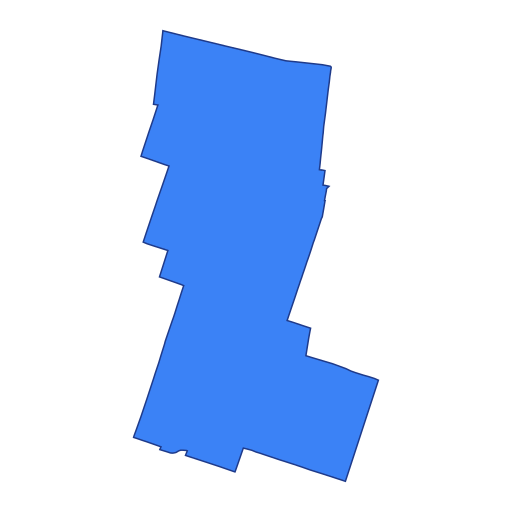 Dobrotesti, Dolj, Romania
{"feature_id": "2599482B78456281149056", "entity_name": "Dobrotesti", "entity_type": "district", "adm_level": 2, "iso_a3": "ROU", "parent_name": "Romania", "parent_adm1": "Dolj", "projection": "mercator", "projection_center": [24.124, 43.959], "detail": "fine", "context": "isolated", "style": "filled", "palette": "blue", "viewbox_px": 512, "rotation_deg": 0, "n_neighbors": 0, "source": "geoboundaries", "source_scale": "gbopen_adm2", "svg_char_len": 2459}
<svg xmlns="http://www.w3.org/2000/svg" viewBox="0 0 512 512"><path d="M322.3,216.7L323.5,209.9L325.0,201.0L325.1,200.7L324.5,200.6L325.2,196.7L326.3,191.1L326.6,188.6L329.0,186.3L328.3,186.1L326.7,185.8L325.5,185.5L325.0,185.4L324.2,185.3L323.0,185.1L323.3,182.9L324.0,177.9L325.0,170.6L321.6,169.9L321.5,170.1L320.5,169.9L319.4,169.7L320.1,163.6L320.7,157.3L321.2,152.7L321.6,148.9L322.4,140.5L322.8,136.0L323.2,132.8L323.7,126.5L325.5,113.1L328.2,90.0L329.3,81.9L329.6,79.1L329.9,76.2L330.5,72.4L330.6,71.2L330.7,70.6L330.7,70.4L331.0,69.0L331.2,67.6L331.1,67.0L330.8,66.6L330.7,66.5L330.5,66.3L330.3,66.2L322.3,64.7L311.4,63.5L301.4,62.4L295.8,61.8L290.7,61.3L285.8,60.8L275.2,58.3L263.6,55.3L252.5,52.5L246.3,51.0L225.3,46.0L206.0,41.3L192.2,38.0L183.5,35.9L163.2,30.8L162.9,30.7L162.6,33.5L162.2,37.0L161.2,45.9L158.9,61.2L157.1,74.1L154.7,94.6L153.5,104.3L157.9,105.0L157.4,106.5L153.1,119.7L148.6,132.9L142.6,151.1L141.0,156.3L145.7,157.9L164.7,164.6L169.0,166.0L166.1,174.6L161.9,186.8L157.1,200.6L155.5,205.5L151.5,217.2L150.6,219.9L146.1,233.3L143.2,242.1L147.2,243.8L154.2,246.1L167.9,250.5L166.8,253.9L159.9,275.6L159.5,276.9L166.6,279.4L181.5,284.7L183.7,285.6L181.3,292.9L179.1,299.9L177.2,305.7L175.7,310.5L174.9,313.1L173.4,317.6L172.1,321.2L165.3,341.1L164.5,344.2L160.9,355.7L158.8,362.7L155.3,373.1L153.6,378.5L147.1,398.3L146.3,400.7L141.0,416.5L136.0,430.5L134.2,435.4L134.0,436.0L133.6,437.4L136.7,438.4L142.5,440.4L146.8,441.8L152.5,443.8L157.6,445.6L161.0,446.8L159.8,449.6L167.3,451.9L170.3,452.9L170.8,453.0L172.9,453.1L175.1,452.7L176.1,452.4L177.5,451.6L178.6,450.9L180.7,450.2L183.0,450.2L186.6,450.5L187.3,450.8L187.1,451.3L185.5,455.4L189.7,456.8L206.6,462.3L219.9,466.7L234.6,471.8L235.0,471.9L236.1,468.9L243.3,448.1L246.7,448.9L251.9,450.3L256.0,452.0L260.0,453.2L263.5,454.4L270.4,456.7L279.9,459.9L283.8,461.1L293.7,464.3L302.4,467.2L310.0,469.9L321.8,473.6L341.8,480.1L345.4,481.3L378.4,380.2L377.5,379.8L374.5,378.5L368.6,376.6L363.2,375.1L355.3,372.6L350.8,371.0L346.3,368.8L332.5,363.7L322.7,360.8L311.3,357.4L305.9,355.7L308.7,338.2L310.0,331.1L310.6,328.2L302.7,325.6L292.9,322.3L287.1,320.5L287.6,319.1L288.7,315.8L291.1,308.7L294.8,297.8L296.1,293.9L297.6,289.3L299.3,284.4L300.3,281.3L301.5,278.0L302.9,273.7L304.3,269.7L306.2,264.0L306.9,261.8L307.5,260.2L309.0,255.9L311.2,249.3L313.3,242.6L314.3,240.0L321.5,218.3L321.8,217.9L322.2,217.0L322.3,216.7Z" fill="#3b82f6" stroke="#1e3a8a" stroke-width="1.5"/></svg>